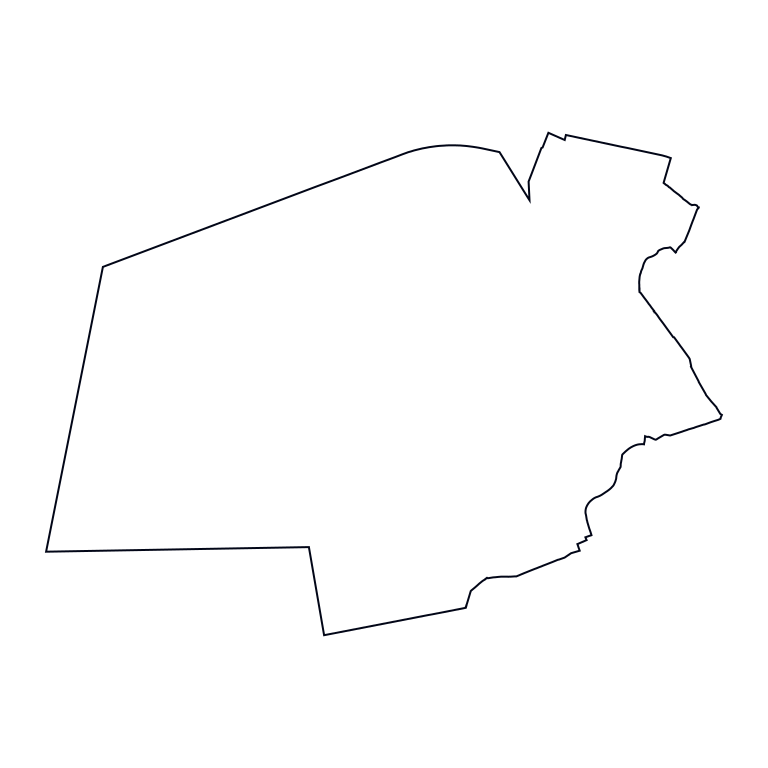 the district of Westvoorne, Zuid-Holland, Netherlands
{"feature_id": "6326949B61212698350093", "entity_name": "Westvoorne", "entity_type": "district", "adm_level": 2, "iso_a3": "NLD", "parent_name": "Netherlands", "parent_adm1": "Zuid-Holland", "projection": "orthographic", "projection_center": [4.123, 51.889], "detail": "fine", "context": "isolated", "style": "outline", "palette": "ink", "viewbox_px": 768, "rotation_deg": 0, "n_neighbors": 0, "source": "geoboundaries", "source_scale": "gbopen_adm2", "svg_char_len": 5945}
<svg xmlns="http://www.w3.org/2000/svg" viewBox="0 0 768 768"><path d="M670.8,158.1L666.2,156.5L664.3,156.0L662.6,155.5L661.3,155.2L627.1,147.9L621.5,146.8L565.9,135.0L564.7,140.0L548.4,132.8L542.6,147.5L541.4,148.0L531.6,173.8L528.9,180.8L528.6,181.6L529.5,200.2L527.1,196.4L499.5,152.1L482.2,148.4L479.1,147.8L476.1,147.3L472.8,146.8L468.1,146.2L466.4,146.0L460.3,145.5L453.8,145.3L450.8,145.3L446.9,145.4L444.2,145.6L442.5,145.7L440.9,145.8L439.2,145.9L436.3,146.2L432.6,146.7L429.0,147.2L425.4,147.9L422.5,148.4L419.6,149.1L416.7,149.8L413.9,150.5L411.1,151.4L408.2,152.2L405.5,153.2L402.7,154.2L394.9,157.2L381.1,162.3L342.1,177.0L326.2,182.9L317.8,186.0L315.1,187.0L283.0,199.1L187.1,235.2L102.9,266.9L88.7,338.2L46.1,551.7L308.9,547.1L324.1,635.2L428.0,615.1L434.0,614.0L465.8,607.8L466.3,606.1L466.1,606.1L466.3,605.6L466.4,605.1L466.6,604.6L466.9,603.9L468.1,599.9L470.0,593.6L470.2,592.9L470.6,591.6L470.7,591.3L470.7,591.2L470.9,590.9L471.3,590.5L474.2,588.1L474.7,587.7L477.1,585.6L479.4,583.5L479.8,583.2L482.0,581.4L483.4,580.4L485.0,579.5L485.4,579.2L485.5,579.1L485.4,579.0L486.7,578.0L487.0,577.8L487.6,578.2L488.1,578.2L493.1,577.4L495.7,577.2L498.4,576.9L500.8,576.7L501.5,576.7L502.5,576.7L504.5,576.7L507.8,576.7L508.2,576.8L508.7,576.7L510.2,576.7L514.7,576.4L516.4,576.4L517.1,576.1L524.5,573.0L525.8,572.5L529.0,571.2L532.0,570.0L535.3,568.7L536.2,568.4L537.7,567.8L538.9,567.3L541.6,566.3L542.7,565.8L545.8,564.6L546.6,564.3L550.4,562.8L552.0,562.2L557.1,560.1L557.5,559.9L559.2,559.5L564.6,557.6L571.1,553.2L579.7,550.7L579.6,550.4L578.9,548.5L577.8,545.2L577.6,544.6L577.4,544.1L584.8,540.9L586.6,540.1L586.3,539.5L585.4,537.3L589.3,535.9L591.3,535.3L591.5,535.2L590.5,532.0L589.7,529.7L589.4,528.9L588.9,527.3L587.3,521.9L587.2,521.1L586.8,520.0L586.3,516.9L586.1,515.6L585.9,514.7L585.5,513.0L585.5,512.1L585.5,511.1L585.7,509.4L585.9,508.5L586.2,507.5L586.6,506.6L587.1,505.5L587.6,504.7L588.1,503.9L588.7,503.0L589.5,502.1L590.1,501.4L592.7,499.2L593.7,498.5L594.5,498.0L595.5,497.5L596.2,497.2L597.2,496.9L597.8,496.7L599.2,496.1L600.1,495.7L601.7,494.8L604.1,493.2L605.7,492.1L607.1,491.2L608.2,490.4L609.5,489.4L611.1,488.0L612.0,487.0L612.8,486.2L613.3,485.6L613.7,485.0L614.0,484.4L614.9,482.5L615.4,481.3L615.7,480.2L616.0,479.3L616.2,478.3L616.3,477.1L616.5,475.5L616.8,474.3L617.1,473.3L617.6,472.1L617.9,471.8L618.8,470.0L620.4,467.3L620.6,466.9L620.6,466.6L620.7,465.5L620.7,464.4L620.8,463.5L621.1,462.1L621.4,460.3L621.7,458.9L621.8,458.0L622.1,455.5L622.2,454.9L622.5,454.4L623.2,453.7L625.2,451.8L625.5,451.5L626.8,450.4L628.6,448.9L629.3,448.4L630.4,447.7L631.0,447.3L633.3,446.1L634.7,445.5L636.1,445.0L637.5,444.6L638.6,444.4L639.4,444.3L641.0,444.2L642.1,444.1L644.0,444.3L644.0,443.9L644.2,442.9L644.7,440.9L644.8,439.6L644.8,439.1L645.1,436.2L645.8,436.5L646.8,436.8L647.4,436.9L647.7,436.9L648.1,436.8L648.7,436.8L649.8,437.1L650.8,437.6L653.3,438.8L654.3,439.3L655.0,439.5L655.4,439.7L655.8,439.7L656.1,439.6L656.5,439.4L658.0,438.4L663.8,435.0L664.3,434.8L664.7,434.7L665.1,434.7L666.0,434.8L669.5,435.4L670.0,435.5L670.6,435.4L671.1,435.2L676.7,433.4L681.9,431.7L682.8,431.4L683.2,431.2L687.2,429.9L687.7,429.7L688.4,429.4L689.5,429.1L693.0,428.1L693.6,428.0L694.5,427.6L696.4,426.9L699.3,426.0L701.7,425.2L703.6,424.6L704.0,424.5L704.4,424.5L704.7,424.4L705.2,424.3L706.5,423.8L708.1,423.2L710.8,422.2L712.3,421.7L714.1,421.1L718.3,419.8L720.5,418.8L720.8,417.3L721.1,416.7L721.9,414.9L720.3,413.9L716.6,407.8L716.5,407.3L711.2,401.4L706.1,395.1L705.6,393.9L698.7,381.9L698.7,381.5L693.5,371.6L690.9,366.6L691.2,366.2L689.7,359.0L689.0,357.8L687.5,355.7L684.8,352.0L683.3,349.9L681.4,347.3L680.3,345.9L679.0,344.0L677.3,341.7L674.1,337.3L673.2,337.2L669.0,331.4L668.4,330.6L667.1,328.8L663.2,323.4L660.0,319.2L658.2,316.6L657.9,316.1L657.4,315.4L657.2,315.1L656.1,313.7L655.5,313.0L655.2,312.6L655.0,312.3L654.9,312.3L654.7,312.3L654.7,312.2L654.4,312.0L653.9,311.4L653.7,311.1L654.0,310.7L653.6,310.3L653.3,309.9L652.0,308.2L651.8,308.0L651.1,307.0L650.0,305.4L648.5,303.6L648.3,303.2L645.8,299.8L644.4,298.0L640.8,293.1L639.4,291.9L639.5,291.4L639.5,291.0L639.5,290.5L639.5,289.1L639.3,289.2L639.3,287.4L639.3,284.6L639.2,283.5L639.2,281.6L639.3,280.6L639.5,278.3L639.6,277.0L639.8,275.8L640.1,274.6L640.1,274.2L640.3,273.9L640.5,273.7L641.0,271.9L641.0,271.7L641.1,271.3L641.3,270.8L641.5,270.3L642.4,268.4L643.5,264.5L643.7,264.0L643.9,263.3L644.4,262.4L644.9,261.4L645.4,260.5L645.7,260.0L646.0,259.6L646.5,259.1L647.3,258.4L648.0,257.9L648.4,257.7L648.8,257.5L650.7,256.9L651.3,256.7L652.1,256.4L653.6,255.7L654.4,255.2L655.3,254.7L655.7,254.4L656.2,254.0L656.5,253.8L656.9,253.4L657.1,253.1L657.3,252.8L658.1,251.3L658.2,251.0L658.4,250.8L658.7,250.6L659.0,250.4L659.3,250.2L659.6,250.0L662.2,248.9L662.8,248.6L663.5,248.4L664.1,248.2L664.6,248.1L665.1,248.1L667.4,247.9L668.1,247.8L668.7,247.7L669.8,247.4L670.0,247.3L670.3,247.4L670.7,247.6L673.1,249.9L674.9,251.9L675.0,251.9L675.1,252.0L675.6,252.6L675.9,252.4L675.8,252.2L675.8,251.9L676.0,251.6L677.1,249.9L678.1,248.4L678.9,247.4L679.3,246.8L679.7,246.5L680.7,245.6L681.6,244.8L684.3,241.8L684.5,241.9L684.7,241.5L687.0,235.9L689.2,230.6L691.3,224.8L692.8,220.8L693.4,219.4L696.5,211.1L696.9,210.1L697.2,209.4L697.4,209.2L697.5,209.1L697.9,208.6L698.1,208.5L698.6,207.9L698.8,207.5L698.8,207.4L698.1,207.3L697.5,206.5L697.0,205.6L696.2,205.2L695.3,204.9L694.6,204.8L693.8,204.9L692.7,205.0L692.0,204.9L691.9,205.0L691.8,204.9L691.1,204.7L690.3,204.3L689.2,203.5L688.8,203.1L688.1,202.6L687.7,202.2L686.4,201.2L684.6,199.9L684.4,199.8L683.1,198.9L682.2,197.7L680.8,196.5L680.2,196.0L679.5,195.4L679.2,195.1L679.0,194.9L677.9,194.1L677.2,193.6L673.7,191.0L673.1,190.4L671.6,189.1L670.0,187.7L669.8,187.5L669.2,187.3L668.6,186.8L668.3,186.4L667.4,185.6L667.2,185.5L666.9,185.4L666.6,185.2L665.7,184.7L665.4,184.4L664.7,183.7L664.4,183.6L663.6,182.9L664.8,178.7L670.8,158.1Z" fill="none" stroke="#020617" stroke-width="2"/></svg>